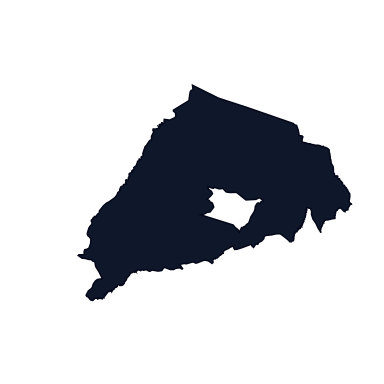 Chimbonila, Niassa, Mozambique, rotated 153°
{"feature_id": "85939544B92418523619922", "entity_name": "Chimbonila", "entity_type": "district", "adm_level": 2, "iso_a3": "MOZ", "parent_name": "Mozambique", "parent_adm1": "Niassa", "projection": "orthographic", "projection_center": [35.277, -13.424], "detail": "fine", "context": "isolated", "style": "filled", "palette": "ink", "viewbox_px": 384, "rotation_deg": 153, "n_neighbors": 0, "source": "geoboundaries", "source_scale": "gbopen_adm2", "svg_char_len": 6044}
<svg xmlns="http://www.w3.org/2000/svg" viewBox="0 0 384 384"><g transform="rotate(153 192 192)"><path d="M206.6,119.3L205.3,119.6L204.5,121.8L203.2,122.6L201.9,122.4L201.9,122.0L201.3,121.8L200.6,122.4L199.6,121.8L198.9,122.2L197.6,122.2L196.6,123.0L195.1,122.8L193.4,123.4L192.0,123.2L191.6,124.6L189.2,125.4L184.9,125.1L183.6,125.5L179.8,125.1L180.2,122.5L180.1,121.5L178.2,120.6L173.5,119.8L163.4,118.6L162.9,118.1L163.1,116.7L162.3,114.7L158.8,116.6L158.3,116.7L157.6,115.7L157.1,115.6L155.2,116.8L152.3,116.7L149.2,117.8L148.1,119.4L146.0,119.8L140.6,117.7L136.2,116.6L132.7,114.9L132.1,114.3L129.5,109.0L127.7,104.7L127.6,103.4L126.1,102.5L125.1,102.9L123.7,102.6L122.0,104.8L122.7,105.7L121.8,106.3L121.1,106.3L120.4,107.3L120.1,108.3L119.1,108.3L118.6,109.3L116.4,109.0L115.4,110.1L114.2,110.1L113.8,111.2L112.6,110.5L112.0,110.5L111.7,110.9L112.0,111.6L110.0,111.1L110.1,112.5L109.0,112.4L108.8,113.2L108.1,113.2L107.7,114.2L107.2,114.0L105.7,115.1L106.0,116.0L104.2,116.5L103.9,117.8L102.8,117.9L100.9,120.4L100.8,121.5L99.4,121.8L99.6,122.8L98.6,123.2L98.9,124.3L97.8,124.1L98.0,125.1L97.0,125.5L96.8,126.0L93.9,123.4L94.1,120.8L95.8,117.5L96.5,112.8L95.8,108.1L96.0,102.4L95.5,97.1L95.0,100.0L94.3,100.1L93.5,101.3L91.4,102.8L89.6,104.6L88.9,104.6L89.3,105.3L87.5,105.8L87.1,106.5L85.0,106.2L83.7,105.5L79.5,104.6L76.8,103.6L76.3,103.9L76.2,105.2L75.0,106.0L75.0,106.9L73.6,108.0L73.3,108.9L72.5,109.3L72.1,110.0L71.5,110.1L70.8,109.8L69.8,110.7L67.4,110.6L66.7,110.0L65.2,105.5L64.6,105.0L64.3,105.6L63.1,105.8L61.1,105.4L60.3,106.8L57.4,108.7L56.6,109.0L55.5,108.8L55.5,109.4L56.3,110.5L56.4,111.5L55.9,113.4L55.2,113.8L53.5,116.2L52.3,118.7L52.7,122.2L52.4,122.9L52.8,124.7L52.6,125.6L53.2,126.6L53.3,128.8L54.1,129.2L54.3,129.7L54.0,131.4L54.4,131.8L53.9,132.1L54.2,132.6L54.0,133.5L54.7,134.3L54.9,136.7L54.7,136.9L55.9,137.7L56.1,138.2L56.1,138.7L55.3,139.2L55.0,139.9L55.4,140.5L57.4,141.4L57.5,141.9L56.9,143.5L57.1,145.2L55.2,149.1L54.7,150.8L54.9,154.5L53.7,157.7L54.2,158.8L53.3,159.4L51.7,164.1L52.1,165.1L51.6,165.4L50.7,167.2L51.4,169.5L52.1,169.8L52.5,171.0L53.4,171.1L54.2,172.9L54.6,172.7L55.3,173.5L56.2,173.4L56.5,173.8L56.3,174.4L57.8,176.0L59.9,177.2L60.7,176.8L60.7,177.6L61.2,178.2L62.0,178.2L62.4,179.2L63.4,179.6L64.9,181.4L66.9,182.6L68.3,184.2L70.7,186.0L71.0,186.7L70.6,188.1L68.1,191.0L68.6,192.1L70.7,193.5L70.7,194.9L70.3,195.2L69.2,199.4L68.6,203.6L68.8,204.2L70.2,205.3L70.6,207.0L103.1,240.8L126.0,263.8L143.1,286.9L144.7,282.7L145.5,282.5L146.5,283.0L148.2,282.0L153.3,274.8L171.4,273.4L171.8,272.5L170.8,270.0L171.0,269.3L172.0,267.0L173.3,266.0L179.2,266.2L183.7,269.3L184.9,267.5L184.9,266.7L185.4,266.0L186.4,266.2L186.9,267.0L187.5,267.4L188.0,265.7L189.4,266.8L190.4,266.8L190.2,265.9L190.5,264.8L192.2,266.1L192.2,263.8L196.5,264.8L197.5,265.6L198.2,265.7L198.9,264.5L198.4,263.8L198.8,263.5L198.7,263.0L202.7,260.1L204.3,257.1L204.8,256.8L205.4,257.1L206.9,256.8L211.3,254.3L213.2,253.7L218.3,248.6L219.1,246.3L220.9,246.4L221.6,246.1L221.5,245.2L222.9,244.0L223.4,244.2L223.7,245.2L224.2,245.3L225.2,243.9L226.5,244.1L227.6,242.7L228.8,241.9L229.3,240.9L232.8,240.2L232.9,239.2L233.7,238.7L236.3,238.0L236.7,236.7L239.3,237.0L240.1,236.3L240.2,235.1L241.0,234.7L241.3,234.0L242.5,233.4L242.1,232.7L242.6,232.0L243.6,231.8L245.1,232.7L245.8,232.6L246.3,230.8L247.1,230.3L247.3,229.0L249.6,229.7L250.3,228.8L252.9,228.9L254.8,227.5L255.6,226.6L255.8,225.6L258.3,225.2L259.9,223.6L263.2,222.0L270.3,220.9L273.3,220.9L277.1,219.9L282.9,217.3L284.3,215.4L286.4,215.1L288.4,213.8L290.1,214.5L290.9,213.8L292.2,213.7L293.2,212.8L294.3,212.7L294.9,211.9L295.0,209.7L295.7,209.1L296.2,208.1L297.3,208.3L300.0,206.9L304.0,202.8L304.4,201.9L304.6,200.4L303.8,198.7L303.4,195.9L305.9,191.9L308.2,189.8L309.5,188.7L312.1,188.7L313.3,189.2L313.9,189.2L315.4,187.6L316.1,185.4L317.5,185.6L321.3,187.4L322.2,187.1L320.0,182.9L317.3,181.3L315.0,179.1L312.2,177.3L312.0,175.9L310.2,173.7L311.3,170.6L311.6,168.9L311.1,163.1L311.2,156.5L311.7,155.6L315.9,157.0L318.6,156.5L321.6,154.9L324.4,152.1L325.8,151.6L329.2,150.9L332.9,148.3L333.3,147.7L332.9,146.3L332.2,145.9L331.6,142.6L331.0,141.4L330.3,141.2L329.9,140.5L329.0,140.5L328.3,141.0L327.7,140.9L327.1,141.5L324.7,140.4L324.6,139.4L324.1,139.4L323.7,140.1L322.4,139.0L321.7,139.0L321.6,138.6L320.4,137.5L318.8,138.3L318.4,137.8L317.9,138.8L317.0,138.9L317.0,139.8L316.7,139.9L316.0,139.4L315.1,139.6L315.2,140.1L314.4,140.7L313.8,140.4L313.1,140.7L312.7,141.6L311.2,140.9L310.5,141.4L309.3,140.4L308.6,140.8L308.8,139.6L307.0,140.8L305.8,140.7L305.4,141.3L304.3,141.6L304.0,142.1L302.4,141.5L301.4,141.9L300.7,142.9L300.0,143.0L299.0,142.3L298.9,141.6L297.5,140.9L296.7,141.4L296.2,140.5L294.1,141.3L292.9,142.5L290.4,143.6L289.1,145.0L285.6,146.2L283.7,147.6L282.0,147.3L280.7,147.9L279.9,146.6L278.9,146.7L278.5,146.2L278.6,147.1L277.6,147.5L277.6,146.8L277.2,146.6L276.4,147.2L274.7,146.8L273.4,145.2L272.4,145.6L271.9,145.6L270.8,144.3L268.0,143.6L266.2,141.0L265.4,140.5L263.0,140.6L258.1,136.9L254.8,135.8L253.7,136.1L252.2,137.2L250.8,137.2L250.1,136.8L246.7,132.9L243.7,131.3L241.2,131.4L238.0,130.3L237.3,129.9L235.8,127.8L235.2,128.0L235.6,130.9L235.4,132.3L234.7,132.8L231.5,131.9L229.6,130.6L223.7,129.5L222.3,128.8L221.2,127.1L220.2,126.6L213.2,125.9L211.6,125.5L208.7,123.3L206.6,119.3ZM163.9,137.8L168.1,134.8L168.2,137.8L169.7,140.8L170.3,143.9L194.5,167.6L190.7,166.8L187.8,167.0L185.0,166.0L179.7,168.5L179.3,169.3L178.9,172.9L179.7,174.2L180.3,174.6L180.5,176.6L181.8,178.7L177.2,180.0L174.5,181.2L174.4,183.8L176.2,187.2L175.4,189.4L174.7,188.3L174.2,188.6L173.3,188.1L173.2,187.2L171.6,185.8L171.1,185.6L170.2,186.2L166.3,182.4L162.8,181.1L161.7,177.0L160.9,176.0L158.2,174.2L152.8,171.6L152.1,170.6L147.6,160.5L138.4,156.4L134.9,156.4L134.3,155.9L132.6,152.6L132.9,152.0L135.5,151.8L137.0,150.7L137.9,152.2L138.9,152.3L140.0,151.8L142.1,150.4L143.7,148.0L145.4,146.3L150.8,143.1L155.5,138.6L158.5,138.2L159.5,137.4L160.2,137.3L160.9,137.6L163.3,137.3L163.9,137.8Z" fill="#0f172a" stroke="#020617" stroke-width="1.5"/></g></svg>